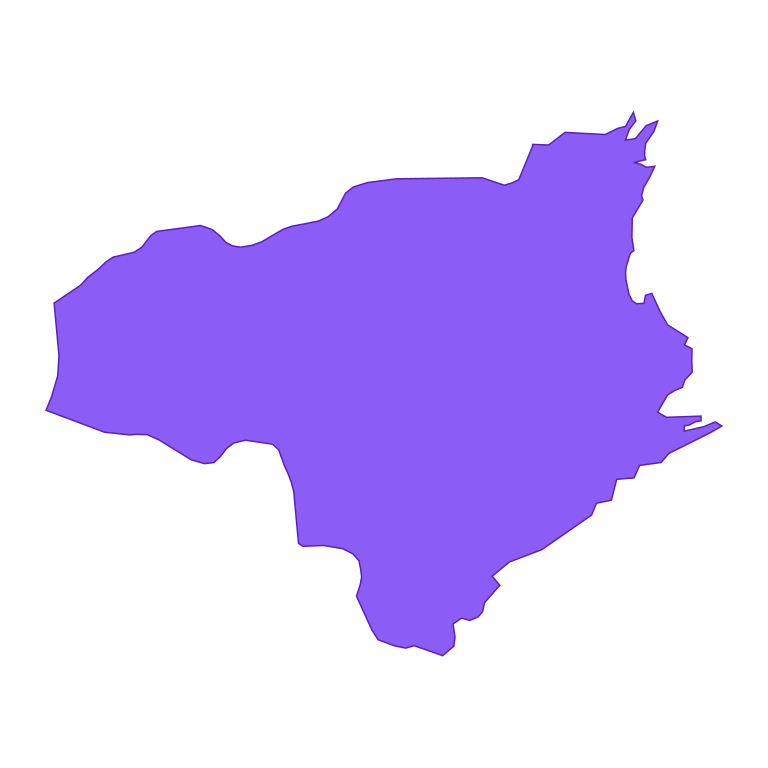 outline of Tokushima
{"feature_id": "JPN-1836", "entity_name": "Tokushima", "entity_type": "Prefecture", "adm_level": 1, "iso_a3": "JPN", "parent_name": "Japan", "parent_adm1": "", "projection": "natural_earth1", "projection_center": [134.325, 33.891], "detail": "fine", "context": "isolated", "style": "filled", "palette": "violet", "viewbox_px": 768, "rotation_deg": 0, "n_neighbors": 0, "source": "natural_earth", "source_scale": "10m", "svg_char_len": 1984}
<svg xmlns="http://www.w3.org/2000/svg" viewBox="0 0 768 768"><path d="M532.7,144.4L548.7,145.0L565.0,132.4L605.1,134.5L617.9,128.3L625.5,126.4L633.4,112.3L635.8,120.9L629.3,129.4L625.4,140.2L635.4,138.6L646.1,125.7L657.7,121.0L653.9,131.5L645.7,143.3L644.8,149.9L644.6,155.6L645.7,159.7L633.8,162.5L640.8,164.2L646.4,167.3L654.8,166.3L650.1,176.3L643.6,187.8L641.6,195.7L643.0,200.1L632.3,217.9L631.9,237.5L633.9,250.5L630.3,253.4L626.2,266.8L625.6,271.5L625.8,279.0L629.0,294.3L632.2,300.7L636.3,303.7L644.0,303.3L645.5,295.3L651.8,293.4L660.4,312.1L667.7,324.9L688.0,337.7L684.5,344.9L692.0,348.8L691.8,361.1L692.2,372.2L684.8,380.1L682.4,387.3L674.3,390.7L667.5,395.1L657.6,412.2L666.5,417.3L701.0,416.1L701.0,420.8L695.6,421.7L689.5,424.9L684.3,426.0L684.3,431.1L704.0,426.6L715.1,421.9L721.9,426.0L710.3,432.7L691.8,442.0L668.9,453.4L661.1,462.5L639.6,465.4L634.1,477.9L616.7,479.3L611.4,500.2L596.5,503.2L591.6,515.0L541.9,549.6L509.3,562.0L492.2,576.2L499.8,585.3L484.6,602.6L482.6,611.7L478.0,617.0L469.7,620.4L461.6,618.1L453.1,623.9L455.0,637.0L453.9,646.1L443.5,654.9L442.8,655.7L414.2,645.7L405.7,648.1L394.7,645.9L378.1,639.7L372.1,630.4L356.5,596.2L360.3,584.4L361.6,577.3L360.7,569.2L358.9,560.7L352.7,553.7L342.7,548.7L323.7,545.5L302.9,546.3L298.5,543.3L293.7,491.2L291.3,482.3L288.3,474.2L284.3,465.5L278.7,449.8L272.5,444.2L245.5,440.2L234.0,442.9L226.7,448.3L221.0,455.8L214.0,462.6L204.3,463.6L191.2,459.8L158.8,439.8L147.3,434.7L136.2,434.3L129.5,434.9L104.5,432.2L46.1,410.3L51.5,396.9L57.7,375.9L59.0,355.9L54.1,303.1L80.6,285.2L87.8,277.3L99.7,268.1L105.9,261.9L113.2,257.1L134.1,252.3L141.8,247.2L150.7,235.7L156.8,231.4L200.7,225.5L212.0,229.5L219.4,235.4L226.0,242.5L232.7,245.9L240.7,247.2L252.1,245.3L261.7,241.8L282.8,229.4L291.2,226.4L317.8,221.2L328.0,216.8L337.4,208.8L345.6,193.1L353.4,187.0L367.3,182.6L396.4,178.8L482.3,177.8L504.2,185.2L511.8,183.0L518.8,179.7L532.4,146.6L532.7,144.4Z" fill="#8b5cf6" stroke="#5b21b6" stroke-width="1.5"/></svg>